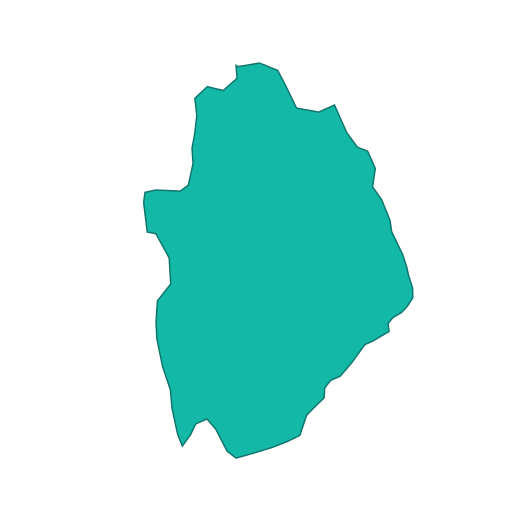 Ydre, Östergötland, Sweden (Robinson projection), rotated 246°
{"feature_id": "70781695B77319052576645", "entity_name": "Ydre", "entity_type": "district", "adm_level": 2, "iso_a3": "SWE", "parent_name": "Sweden", "parent_adm1": "Östergötland", "projection": "robinson", "projection_center": [15.27, 57.891], "detail": "fine", "context": "isolated", "style": "filled", "palette": "teal", "viewbox_px": 512, "rotation_deg": 246, "n_neighbors": 0, "source": "geoboundaries", "source_scale": "gbopen_adm2", "svg_char_len": 1037}
<svg xmlns="http://www.w3.org/2000/svg" viewBox="0 0 512 512"><g transform="rotate(246 256 256)"><path d="M438.2,315.3L426.1,311.0L420.5,293.4L430.5,280.4L424.9,264.3L408.3,259.0L392.7,249.8L380.5,241.4L366.1,236.1L348.3,223.1L346.1,213.2L357.1,191.1L359.3,180.5L350.5,175.1L322.1,166.4L317.2,173.6L289.5,175.9L265.1,166.7L255.1,147.7L236.3,137.8L220.8,131.8L193.1,125.7L168.7,123.4L150.9,117.3L125.5,112.0L112.3,111.4L119.3,123.4L127.1,132.7L127.1,144.9L114.3,148.8L89.5,150.2L79.5,155.6L76.7,175.1L74.5,193.6L74.2,199.5L73.8,208.7L74.3,223.1L89.9,237.4L93.3,245.8L98.7,260.5L107.5,265.1L112.0,273.5L112.0,284.2L119.7,300.3L130.8,319.4L130.8,328.5L133.0,346.9L140.7,349.2L144.1,356.1L144.6,360.8L145.2,366.1L148.5,373.7L154.0,382.2L162.9,386.0L176.3,387.5L184.0,389.1L197.4,390.6L222.9,389.8L234.0,392.9L256.3,393.7L271.8,390.6L287.4,400.6L306.3,400.6L314.1,392.9L331.8,389.1L362.0,389.1L362.0,371.7L374.6,353.2L401.3,352.3L416.8,351.3L430.8,337.7L436.4,316.4L438.2,315.3Z" fill="#14b8a6" stroke="#0f766e" stroke-width="1.5"/></g></svg>